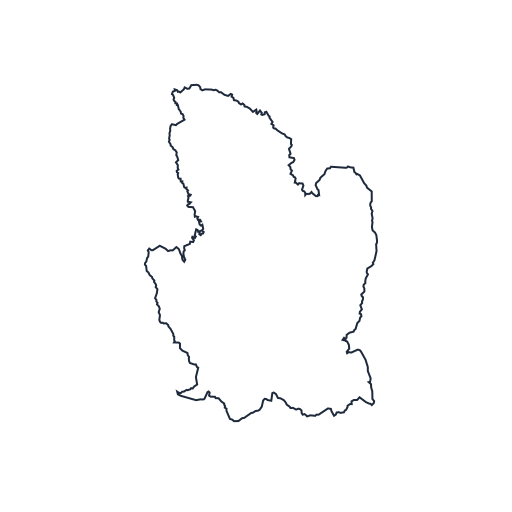 outline of Cachoeira do Sul, Rio Grande do Sul, Brazil, rotated 153°
{"feature_id": "56859067B94054862444649", "entity_name": "Cachoeira do Sul", "entity_type": "district", "adm_level": 2, "iso_a3": "BRA", "parent_name": "Brazil", "parent_adm1": "Rio Grande do Sul", "projection": "robinson", "projection_center": [-52.981, -30.236], "detail": "fine", "context": "isolated", "style": "outline", "palette": "slate", "viewbox_px": 512, "rotation_deg": 153, "n_neighbors": 0, "source": "geoboundaries", "source_scale": "gbopen_adm2", "svg_char_len": 6124}
<svg xmlns="http://www.w3.org/2000/svg" viewBox="0 0 512 512"><g transform="rotate(153 256 256)"><path d="M172.8,346.1L174.3,347.4L175.2,349.5L175.3,351.4L177.2,353.5L180.0,358.4L180.7,360.6L181.9,361.3L182.4,362.6L181.0,364.5L182.3,366.7L180.4,367.9L181.2,373.1L180.5,374.1L181.1,375.2L181.3,379.8L182.9,380.0L183.9,378.4L186.3,378.8L187.0,379.7L185.9,380.9L186.4,383.8L190.4,382.0L190.9,383.4L189.8,384.5L189.3,386.3L193.3,385.8L194.5,390.0L196.3,392.9L198.3,394.5L197.8,395.9L198.7,398.0L200.5,397.8L201.8,400.0L201.6,401.4L202.8,403.3L204.9,404.9L204.3,407.1L205.4,409.1L204.0,410.6L204.9,411.9L208.2,411.3L210.9,413.9L212.9,417.9L214.4,418.5L215.5,421.2L216.6,422.5L218.6,423.0L219.8,424.3L225.7,427.6L228.7,428.0L229.7,430.0L229.1,431.7L229.7,434.2L231.2,435.5L236.1,437.6L239.3,435.5L241.2,436.1L243.0,438.6L244.6,437.3L249.2,436.1L250.1,437.6L251.1,437.8L251.0,439.5L252.8,441.4L253.3,440.0L255.5,440.2L257.4,438.4L256.8,437.1L257.1,434.0L258.4,432.9L258.5,431.4L257.8,429.8L258.5,428.7L257.1,427.7L258.0,426.4L257.1,425.8L258.1,422.1L257.6,419.0L258.1,416.8L257.0,415.8L257.0,413.6L258.0,412.1L257.8,409.9L266.4,409.5L267.9,408.9L271.1,411.6L273.1,410.6L274.8,408.4L275.4,406.7L277.4,404.6L278.1,402.7L280.2,400.0L280.2,398.7L281.7,397.4L281.4,394.4L281.9,393.1L280.9,390.8L281.1,388.7L279.9,386.9L279.6,384.4L281.3,381.9L281.0,380.8L281.8,376.7L284.8,375.8L284.4,372.4L285.8,370.0L285.9,368.2L288.0,367.9L288.4,366.6L287.7,365.2L288.8,364.1L289.7,361.1L289.5,359.9L288.1,359.1L289.2,356.6L287.8,355.9L288.6,354.7L287.9,353.4L288.7,350.0L288.1,348.8L286.9,348.5L287.6,347.4L286.8,345.3L287.8,344.8L288.1,341.8L286.4,340.2L287.3,339.6L289.4,340.2L289.7,338.4L291.3,336.8L292.1,335.3L289.7,333.4L291.6,332.7L293.4,332.8L294.4,332.2L293.9,330.4L290.0,328.1L289.9,323.5L291.9,320.8L292.6,318.8L291.6,318.7L289.9,317.1L291.3,316.0L291.4,314.7L289.4,313.7L289.3,311.8L291.2,312.5L291.9,309.7L291.2,308.0L289.6,308.2L290.7,304.2L292.8,303.2L291.7,301.1L293.0,300.1L294.3,300.5L295.8,299.7L296.6,301.2L294.6,303.6L296.5,303.8L296.2,305.7L297.2,306.9L301.3,302.1L300.8,300.7L302.3,299.8L303.9,302.0L304.7,301.2L304.2,298.2L305.6,297.0L308.1,298.6L309.5,296.8L315.4,297.3L316.5,295.6L316.8,293.5L318.4,292.9L319.6,291.1L320.6,287.8L320.7,284.8L322.6,283.5L323.2,286.2L322.0,289.7L322.2,292.8L321.7,296.1L321.7,297.4L322.9,300.1L327.6,298.8L329.7,299.9L332.1,300.3L333.3,303.6L337.1,308.8L345.3,308.0L346.5,308.6L347.8,311.1L349.9,310.0L349.8,308.2L352.4,304.3L354.0,303.6L356.2,300.9L358.0,300.1L358.9,298.7L358.4,297.0L360.2,292.3L359.3,290.2L359.4,287.3L358.2,284.6L358.5,283.0L357.7,280.3L358.6,279.2L358.1,276.3L358.4,274.9L359.5,273.9L358.9,271.2L361.3,267.8L365.1,264.2L364.7,262.2L365.4,260.8L365.0,259.0L366.2,257.9L365.4,255.3L365.7,252.7L368.2,250.1L368.4,246.9L371.2,242.9L371.4,240.8L370.9,239.5L369.4,238.9L368.8,237.7L366.6,236.9L365.6,234.4L366.0,233.1L365.2,229.6L365.1,224.0L365.9,222.4L365.5,221.2L367.1,218.2L367.1,217.0L368.3,216.2L364.1,213.9L363.5,212.5L365.6,208.4L364.5,205.0L361.1,200.7L361.8,198.7L361.5,196.3L362.5,195.0L363.4,192.4L363.4,190.6L360.2,187.3L358.8,186.7L359.0,184.0L358.2,182.7L364.5,175.4L366.8,168.2L370.3,167.8L372.6,166.7L373.8,167.7L374.9,167.1L377.7,167.4L378.7,168.2L381.8,167.9L383.3,168.6L385.3,168.0L386.8,169.1L387.8,170.9L388.4,168.2L386.5,165.6L374.8,154.7L370.9,153.6L367.8,152.0L366.7,152.2L361.0,156.7L359.8,156.8L359.3,155.4L361.2,152.9L360.3,151.3L356.5,149.2L356.5,147.7L353.9,146.2L352.9,142.0L351.3,139.0L351.9,137.8L351.6,136.5L352.7,135.1L351.6,133.4L352.6,131.5L353.2,122.7L351.3,120.8L350.7,118.9L346.6,116.9L341.9,117.8L340.2,117.1L331.5,118.3L330.1,117.8L326.9,118.1L324.1,117.2L322.5,117.4L319.3,119.1L315.2,124.0L313.1,124.8L311.6,123.7L311.1,122.4L308.1,120.1L303.7,126.4L302.2,126.3L300.9,123.9L300.9,119.5L298.8,118.1L296.6,114.8L296.0,111.8L296.1,109.6L294.4,106.4L294.3,104.9L292.0,103.9L290.0,101.0L287.2,100.6L286.2,99.4L285.6,97.8L286.6,95.3L286.4,93.4L284.7,93.2L283.9,92.0L283.3,89.9L280.0,89.4L275.7,86.7L274.2,87.2L272.2,86.2L261.1,87.5L258.7,85.8L259.2,83.3L259.0,78.2L256.9,78.5L255.2,79.9L253.4,79.4L251.8,77.8L248.6,76.8L247.0,78.0L245.6,78.0L243.1,79.8L242.4,81.0L239.3,81.4L238.0,80.6L236.9,83.1L234.3,83.3L231.2,81.8L227.9,83.1L224.4,75.9L222.2,73.1L221.1,72.4L220.5,70.6L217.8,71.5L216.6,73.1L217.2,75.7L213.8,82.7L213.1,86.5L211.7,89.6L212.8,92.4L211.5,92.1L209.4,94.9L208.6,102.7L206.8,106.3L205.5,113.8L205.8,122.7L206.1,124.6L207.0,125.7L207.9,126.4L214.9,126.7L217.2,128.3L218.9,128.0L218.7,129.4L215.0,131.1L213.6,134.7L213.6,138.5L214.7,139.6L214.1,141.5L212.5,142.1L211.0,144.6L207.5,145.2L203.4,144.3L202.0,145.4L200.5,145.7L196.1,150.3L193.3,151.2L191.1,153.9L189.5,154.4L188.8,156.4L189.8,157.6L188.7,159.2L185.9,160.4L185.4,164.8L182.8,165.9L182.1,167.5L180.5,168.7L179.4,170.7L180.0,172.3L179.7,173.9L175.6,175.1L174.2,177.9L174.2,179.9L173.1,181.5L170.8,182.3L170.2,183.8L168.3,186.3L164.6,188.8L164.9,190.6L164.5,191.8L162.5,194.3L157.8,194.6L155.1,195.5L155.0,196.9L152.4,198.4L146.4,205.6L143.6,212.0L142.3,212.8L141.3,214.4L139.3,220.0L139.3,222.8L140.5,225.9L139.5,229.3L136.8,233.3L136.6,234.8L135.0,236.6L133.7,241.2L131.8,243.2L132.1,245.9L131.4,246.9L131.4,248.6L130.7,250.4L129.5,251.6L128.0,252.2L123.6,261.0L126.1,266.6L125.7,268.4L126.6,271.9L126.8,280.5L128.4,283.0L129.4,283.1L129.6,285.0L130.2,286.1L129.1,290.5L131.5,292.0L133.4,294.0L134.5,293.5L135.9,293.8L148.7,301.5L150.3,300.6L152.9,301.6L155.7,300.0L157.8,297.9L163.1,296.5L164.9,294.9L169.3,293.7L170.7,292.1L170.9,287.6L170.4,286.3L172.1,281.6L173.0,282.3L173.9,281.4L175.4,282.1L177.4,286.6L177.5,287.8L179.9,287.0L183.2,288.5L184.4,288.0L183.4,290.1L183.8,291.9L184.8,292.8L184.9,294.2L181.8,297.2L181.6,299.4L184.6,301.3L186.2,300.6L187.2,303.3L188.1,303.8L185.5,307.1L185.6,308.5L186.5,309.3L186.4,311.1L188.0,313.5L185.2,315.8L185.8,317.5L185.0,319.8L185.7,322.1L182.0,322.9L180.3,322.7L178.0,324.2L177.8,326.1L181.4,328.7L180.6,330.8L178.8,331.4L178.0,336.5L174.7,337.7L173.7,338.7L174.0,339.9L171.6,344.2L172.8,346.1ZM214.1,141.5L215.9,141.0L216.9,141.9L214.7,143.1L214.1,141.5Z" fill="none" stroke="#1e293b" stroke-width="2"/></g></svg>